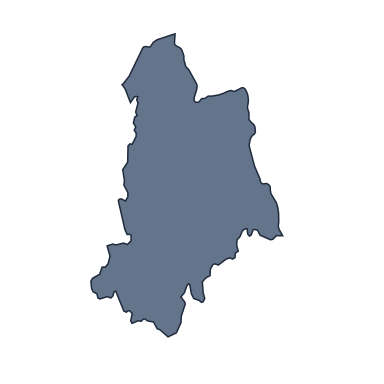 outline of Scottish Borders, rotated 288°
{"feature_id": "GBR-2026", "entity_name": "Scottish Borders", "entity_type": "Unitary District", "adm_level": 1, "iso_a3": "GBR", "parent_name": "United Kingdom", "parent_adm1": "", "projection": "equal_earth", "projection_center": [-2.709, 55.532], "detail": "fine", "context": "isolated", "style": "filled", "palette": "slate", "viewbox_px": 384, "rotation_deg": 288, "n_neighbors": 0, "source": "natural_earth", "source_scale": "10m", "svg_char_len": 3009}
<svg xmlns="http://www.w3.org/2000/svg" viewBox="0 0 384 384"><g transform="rotate(288 192 192)"><path d="M337.2,127.0L328.6,129.2L327.5,129.7L326.6,130.5L326.0,132.4L325.4,136.0L324.9,137.1L324.0,138.4L319.3,142.0L318.4,142.4L315.3,143.4L314.3,144.0L312.3,145.5L310.5,146.5L309.6,147.2L308.8,148.1L308.0,150.0L307.0,151.5L296.6,162.6L295.2,163.7L293.3,164.4L290.5,164.8L282.9,164.9L280.6,165.4L279.6,165.9L278.8,166.5L278.7,167.7L278.7,168.7L279.0,169.6L279.5,170.3L280.1,170.9L283.2,172.1L284.0,172.6L284.3,173.5L284.4,174.4L284.9,175.1L285.5,175.8L287.8,177.4L288.3,178.1L288.6,178.9L288.8,179.8L289.4,181.4L292.6,187.5L295.8,191.7L298.3,194.3L300.3,197.1L300.5,197.9L300.6,198.6L300.6,199.1L300.5,199.4L300.5,200.1L300.7,200.8L301.1,201.6L305.4,206.1L306.1,206.6L306.6,207.4L306.9,208.2L306.9,209.1L306.6,210.1L305.8,211.3L303.9,213.2L301.4,215.1L297.4,217.0L295.2,217.7L289.7,218.5L287.2,220.0L285.2,221.6L279.5,223.4L278.3,224.2L277.0,226.1L276.3,227.3L275.5,229.4L274.5,230.7L273.0,231.9L269.1,233.6L267.5,233.7L266.3,233.4L265.6,232.8L263.8,231.8L262.7,231.4L260.0,231.1L255.2,231.7L253.1,232.4L236.0,243.4L225.6,252.5L223.0,254.0L222.2,254.8L221.7,255.7L221.7,257.4L222.2,258.4L222.7,259.2L223.0,259.8L223.1,260.3L223.0,261.2L222.4,263.2L221.8,264.1L220.6,265.0L218.2,265.8L214.8,267.6L210.3,272.8L207.9,275.5L203.7,278.4L198.4,281.0L189.9,283.9L186.5,284.5L183.8,286.0L178.4,291.7L176.6,285.8L172.0,283.5L170.8,281.3L171.9,270.1L175.8,266.2L175.8,263.2L174.8,261.8L169.1,261.5L167.8,260.3L169.2,258.0L174.1,255.8L173.0,253.4L170.6,252.0L164.2,251.4L160.2,249.6L154.9,251.1L150.0,254.3L147.3,252.1L142.9,253.2L140.7,251.3L141.1,248.4L138.6,245.1L130.7,239.7L130.7,235.7L129.5,234.4L124.5,233.3L118.0,235.0L114.6,231.8L109.7,229.6L99.6,233.8L94.7,237.0L91.1,236.6L90.0,235.1L91.1,232.2L91.2,226.6L95.2,222.7L103.2,218.5L103.5,216.9L101.1,216.1L93.8,215.9L88.8,213.9L85.0,219.2L83.2,220.2L70.6,220.2L64.2,221.9L53.3,220.7L46.8,214.0L51.0,204.3L51.2,201.1L56.4,195.7L55.7,189.2L56.7,186.7L56.1,185.0L53.3,183.6L53.0,180.8L48.5,175.5L50.5,173.5L57.9,172.7L59.7,169.4L59.2,167.7L57.4,166.7L57.7,164.0L74.1,150.1L73.0,148.7L68.7,148.9L66.1,147.6L66.3,143.8L61.8,137.4L62.0,135.4L65.8,133.0L66.5,128.9L68.9,126.5L74.1,124.2L75.7,123.4L79.3,124.1L80.8,125.5L85.2,129.6L92.8,129.7L93.9,132.8L98.1,134.4L105.7,133.8L114.5,127.9L118.0,132.7L118.3,136.3L122.3,142.7L122.0,146.6L126.6,149.1L131.9,147.5L132.5,145.8L131.5,143.4L135.7,139.7L160.8,124.7L162.4,124.8L163.7,127.0L162.8,131.5L167.7,132.5L171.7,131.1L177.5,125.1L182.1,124.2L184.2,123.1L191.9,119.2L200.5,121.6L216.1,116.9L218.7,118.2L218.8,120.3L227.5,121.7L230.5,120.8L233.1,117.9L236.6,118.4L239.4,115.0L245.6,114.4L247.7,116.2L250.6,113.7L259.8,113.2L262.8,110.8L265.6,111.2L265.9,110.1L264.8,107.9L258.0,105.8L269.0,96.9L271.4,94.0L271.5,93.8L272.4,92.3L274.2,93.3L282.5,96.4L313.4,100.6L315.1,101.2L316.1,103.1L316.4,105.3L316.8,107.1L318.3,107.8L322.5,109.0L326.2,111.9L337.2,127.0Z" fill="#64748b" stroke="#1e293b" stroke-width="1.5"/></g></svg>